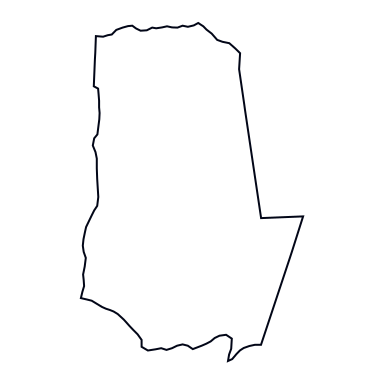 the district of Graça, Ceará, Brazil
{"feature_id": "56859067B95005657066987", "entity_name": "Graça", "entity_type": "district", "adm_level": 2, "iso_a3": "BRA", "parent_name": "Brazil", "parent_adm1": "Ceará", "projection": "equal_earth", "projection_center": [-40.793, -4.044], "detail": "fine", "context": "isolated", "style": "outline", "palette": "ink", "viewbox_px": 384, "rotation_deg": 0, "n_neighbors": 0, "source": "geoboundaries", "source_scale": "gbopen_adm2", "svg_char_len": 1396}
<svg xmlns="http://www.w3.org/2000/svg" viewBox="0 0 384 384"><path d="M240.1,53.2L235.2,48.4L229.3,43.2L222.5,41.8L217.2,39.9L211.7,33.6L206.5,29.6L203.3,26.3L198.2,23.0L193.8,25.4L187.9,26.8L182.6,25.7L177.5,27.6L172.0,27.4L167.0,26.3L162.1,27.4L156.2,28.3L152.2,27.6L146.8,30.3L140.6,30.7L136.1,28.5L132.3,25.7L128.0,26.1L122.6,27.6L116.3,29.9L111.8,34.5L107.8,35.2L103.1,36.7L95.9,36.1L95.3,52.4L94.9,59.5L93.8,86.3L98.1,88.6L98.6,94.3L99.1,100.8L99.1,107.4L99.6,113.0L99.3,119.3L98.3,127.2L97.4,134.4L94.2,138.3L92.8,145.5L95.5,152.1L96.8,158.6L96.8,168.3L97.2,179.1L97.7,187.3L98.3,197.0L97.2,205.9L94.2,210.4L91.9,215.0L88.9,221.2L86.1,227.0L84.9,232.4L83.5,239.2L82.8,245.7L83.7,251.9L85.8,257.9L84.7,266.6L83.1,274.5L83.7,280.2L84.1,286.1L82.4,291.8L80.9,298.1L86.9,299.5L91.7,300.7L96.8,303.8L101.9,306.9L105.9,308.7L109.9,310.0L113.6,311.5L117.7,314.0L123.9,319.7L129.8,326.3L133.6,330.3L137.6,334.3L141.6,339.9L141.6,346.8L147.9,350.5L155.6,349.3L161.2,348.2L166.5,349.9L172.0,348.2L177.1,345.7L182.6,344.4L187.8,345.7L192.8,349.1L201.7,345.7L206.3,343.7L210.7,341.4L214.7,338.0L219.5,335.7L226.1,334.8L231.8,338.6L231.2,348.8L229.1,354.5L228.0,361.0L232.2,359.1L236.5,354.0L240.0,350.4L243.7,348.0L249.4,346.0L254.9,344.8L261.0,344.8L290.0,257.5L291.9,251.7L303.1,216.4L261.1,218.1L245.0,109.9L244.3,104.8L239.1,69.2L240.1,53.2Z" fill="none" stroke="#020617" stroke-width="2"/></svg>